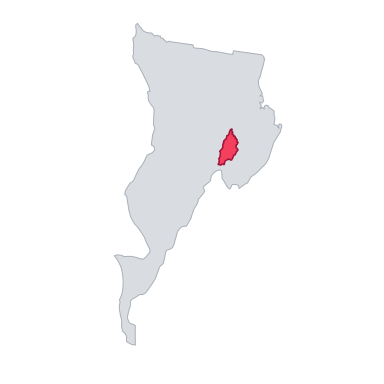 Noun, Ouest, Cameroon (highlighted), rotated 188°
{"feature_id": "32672807B7266662414716", "entity_name": "Noun", "entity_type": "district", "adm_level": 2, "iso_a3": "CMR", "parent_name": "Cameroon", "parent_adm1": "Ouest", "projection": "equal_earth", "projection_center": [10.892, 5.601], "detail": "fine", "context": "in_parent", "style": "filled", "palette": "rose", "viewbox_px": 384, "rotation_deg": 188, "n_neighbors": 0, "source": "geoboundaries", "source_scale": "gbopen_adm2", "svg_char_len": 5651}
<svg xmlns="http://www.w3.org/2000/svg" viewBox="0 0 384 384"><g transform="rotate(188 192 192)"><path d="M112.7,264.9L113.3,262.8L117.9,252.5L120.7,236.2L122.0,232.3L123.3,229.8L129.8,221.1L132.2,218.3L135.8,215.1L138.3,208.7L139.1,208.1L140.2,207.5L145.8,202.1L146.3,203.2L146.7,204.5L147.1,205.1L148.9,205.5L151.4,205.4L152.9,205.1L153.6,204.0L154.4,201.0L154.9,200.4L155.5,200.3L158.2,202.4L162.7,208.3L163.8,209.3L164.3,210.5L165.3,215.9L165.9,217.2L166.8,217.8L168.6,217.4L170.4,216.5L172.0,215.1L173.6,213.3L174.6,211.7L175.1,210.5L175.3,206.1L175.7,205.1L181.5,198.8L181.4,198.2L180.4,196.4L179.6,194.4L180.5,192.4L181.4,190.8L184.7,185.5L184.9,181.7L187.6,175.7L189.2,167.7L189.2,166.1L192.8,157.4L196.5,156.6L197.9,155.4L199.6,153.2L200.6,151.2L201.1,149.3L201.5,145.6L202.1,141.3L202.5,137.6L203.6,134.2L205.5,132.5L208.7,131.0L209.2,130.4L209.7,128.1L210.1,120.5L210.6,117.2L213.6,113.4L214.9,107.5L216.1,101.3L219.5,93.9L223.4,86.4L225.3,84.4L226.8,83.5L228.6,83.4L229.8,82.9L234.1,79.2L235.9,77.9L237.2,76.6L237.5,75.5L237.6,73.9L237.2,70.1L237.9,67.2L238.3,62.9L238.5,59.5L238.3,58.3L237.5,56.4L236.2,54.2L234.1,53.0L231.1,52.6L229.6,51.9L229.0,48.0L228.8,45.5L226.8,32.6L230.5,32.6L235.0,34.2L236.1,35.3L236.7,39.8L238.3,42.3L241.2,44.3L243.0,48.6L243.7,55.0L245.3,58.9L245.6,59.5L247.9,66.8L248.1,70.2L247.9,72.5L248.8,75.3L247.4,80.1L247.1,83.0L247.0,87.2L247.8,94.5L249.1,100.1L250.6,104.7L252.1,108.2L254.7,112.1L257.5,115.7L260.0,118.0L257.7,119.3L253.1,119.5L250.5,118.7L249.2,118.7L248.0,119.1L243.1,119.8L238.2,119.5L233.6,118.6L230.8,118.8L228.7,120.9L226.9,124.2L225.3,126.8L225.9,129.7L227.1,131.3L229.5,134.7L231.6,138.1L232.7,140.4L237.0,145.4L241.1,149.8L243.0,151.4L243.7,151.7L246.0,154.3L249.1,158.5L251.9,165.0L255.9,178.2L256.8,179.3L258.1,180.0L258.3,181.4L258.2,183.4L257.8,185.1L254.6,192.0L251.9,194.6L251.1,196.3L250.1,200.2L247.5,208.1L246.5,209.2L244.0,214.5L241.9,221.2L241.4,222.2L240.6,223.0L237.7,224.7L236.7,225.5L235.2,227.6L235.0,229.0L235.7,230.9L236.5,232.4L238.1,232.4L238.9,233.8L238.9,244.2L238.2,245.7L238.3,246.4L237.9,248.2L237.8,250.2L238.1,251.0L238.6,251.7L239.5,253.1L239.9,256.2L240.9,267.5L241.4,269.2L242.2,270.5L244.8,272.9L247.5,276.1L248.3,278.1L248.8,281.5L249.9,284.2L249.8,285.1L249.4,285.5L247.7,285.7L248.3,287.6L249.7,291.0L256.6,301.4L263.2,310.6L264.7,311.3L265.9,311.5L266.4,312.1L267.0,313.4L269.2,316.8L269.6,318.7L269.1,320.6L269.7,323.5L270.0,324.5L269.9,325.5L270.1,329.0L270.8,332.1L271.8,334.7L271.6,336.6L270.3,337.6L269.6,339.3L269.4,341.7L269.8,344.6L270.8,348.0L270.8,350.1L269.2,351.4L267.4,349.1L265.5,347.5L262.5,344.7L259.6,343.7L255.8,343.5L254.1,343.9L251.3,341.6L250.4,341.3L249.2,342.2L248.3,342.3L247.2,341.9L245.0,342.0L244.8,340.4L244.5,340.1L242.1,340.2L241.4,338.9L241.1,339.0L240.2,338.6L238.3,336.7L236.3,338.0L232.2,337.8L211.5,337.8L211.0,336.0L210.0,335.1L208.1,335.0L202.6,335.4L198.4,335.1L195.6,334.4L192.0,334.0L187.7,334.3L183.2,334.3L175.3,333.8L170.9,333.9L171.0,335.0L170.7,335.7L170.5,337.6L142.4,337.6L140.1,336.3L139.4,335.5L139.2,333.9L138.6,333.8L139.1,327.2L140.0,321.7L140.4,316.6L141.7,312.0L141.0,307.5L140.2,305.5L136.0,299.1L137.9,296.7L135.3,297.0L134.8,294.7L133.6,291.8L134.3,291.4L135.1,289.8L137.4,290.3L137.3,289.5L135.3,287.1L135.5,285.9L136.3,284.6L135.9,284.0L134.5,285.4L133.4,285.3L132.6,284.4L132.0,284.3L132.4,286.1L131.6,287.8L130.8,288.3L129.5,288.2L128.4,287.8L128.2,286.9L127.2,286.2L124.3,285.0L122.0,283.6L121.5,279.7L120.6,278.0L120.2,276.1L120.0,273.9L120.3,270.6L119.7,270.1L119.0,269.9L118.0,270.0L117.0,269.9L115.9,268.0L114.9,267.3L115.5,270.7L114.8,271.6L113.1,271.4L112.4,270.1L112.2,269.1L113.0,265.0L112.7,264.9Z" fill="#d9dde1" stroke="#a8b0b8" stroke-width="1"/><path d="M167.7,222.6L167.1,222.8L166.7,223.1L166.5,223.6L165.9,223.8L165.1,224.0L164.5,223.6L164.2,223.6L163.8,224.1L163.9,224.8L163.9,225.3L163.7,225.8L163.6,227.1L163.2,227.7L162.9,227.9L162.2,228.5L161.8,228.8L160.8,229.2L160.7,229.2L160.3,229.8L159.9,229.7L159.0,229.3L158.2,229.1L157.6,229.1L157.2,229.3L157.1,229.5L156.8,230.4L156.7,230.6L156.4,231.5L156.0,233.0L155.8,233.8L155.7,234.0L155.3,234.8L154.6,234.8L154.3,235.2L154.0,236.4L153.8,237.1L153.7,237.8L153.3,238.3L153.0,238.7L152.8,239.2L152.4,239.8L152.4,240.4L152.9,240.8L153.6,241.7L154.3,241.9L154.7,242.4L154.7,243.1L154.7,243.5L155.0,244.0L154.5,244.4L154.6,245.0L153.9,245.5L153.4,247.0L153.3,247.5L153.5,247.7L154.1,247.7L154.5,247.9L154.4,248.3L154.4,248.6L154.7,248.9L154.7,249.1L154.6,249.4L154.6,249.9L154.7,250.1L155.0,250.1L155.1,250.3L155.4,250.5L155.6,250.8L155.7,251.2L156.1,251.4L156.3,251.3L156.6,251.1L156.8,251.5L156.6,252.0L157.2,252.6L157.1,253.0L157.4,253.2L157.5,253.1L157.8,253.2L158.6,253.2L158.7,253.4L158.6,254.0L159.1,254.5L159.5,254.6L159.9,255.3L160.3,255.1L160.4,255.4L160.1,255.8L160.0,256.7L160.1,256.8L160.2,257.1L160.6,257.0L161.0,258.1L161.3,258.4L161.2,259.1L161.0,259.6L161.8,259.8L162.7,258.9L163.0,257.9L163.1,257.3L163.3,256.3L163.5,254.4L163.7,254.1L163.9,253.6L164.1,253.4L164.3,253.0L165.3,252.6L165.2,251.9L165.4,251.2L165.4,250.9L165.4,250.6L165.3,249.8L165.8,249.1L166.1,248.9L166.4,248.9L166.7,248.1L167.0,247.6L167.6,247.1L167.6,246.6L167.7,246.2L167.3,245.6L167.4,245.2L167.7,245.1L168.1,243.1L167.7,241.0L167.8,240.4L168.1,239.9L168.0,239.3L168.8,238.1L169.5,237.4L170.2,236.1L169.4,235.4L169.4,235.1L169.3,233.6L169.2,233.1L169.3,232.0L169.2,230.7L169.5,229.8L169.5,229.7L170.1,228.9L170.1,228.7L169.8,228.1L169.2,226.2L169.3,225.8L169.5,225.6L169.2,225.1L169.4,224.4L169.8,223.9L169.9,223.3L169.8,222.9L169.7,222.9L169.4,223.0L168.3,222.7L167.7,222.6Z" fill="#f43f5e" stroke="#9f1239" stroke-width="1.5"/></g></svg>